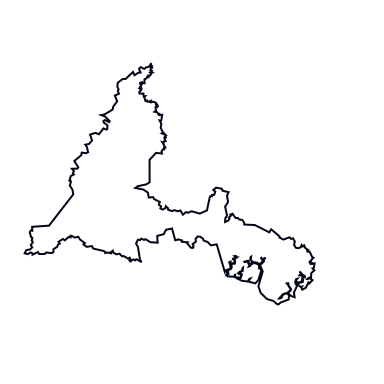 outline of Santiago, Veraguas, Panama, rotated 288°
{"feature_id": "35544464B94939099957222", "entity_name": "Santiago", "entity_type": "district", "adm_level": 2, "iso_a3": "PAN", "parent_name": "Panama", "parent_adm1": "Veraguas", "projection": "robinson", "projection_center": [-80.96, 7.991], "detail": "fine", "context": "isolated", "style": "outline", "palette": "ink", "viewbox_px": 384, "rotation_deg": 288, "n_neighbors": 0, "source": "geoboundaries", "source_scale": "gbopen_adm2", "svg_char_len": 6057}
<svg xmlns="http://www.w3.org/2000/svg" viewBox="0 0 384 384"><g transform="rotate(288 192 192)"><path d="M278.1,91.2L273.1,87.7L269.1,88.4L266.9,90.5L265.2,90.2L262.9,92.2L259.9,88.8L255.1,92.8L248.9,90.7L245.8,91.0L238.8,84.9L237.1,81.9L236.9,86.0L233.9,91.8L232.9,91.6L233.5,86.9L232.1,85.8L230.7,86.8L229.4,90.9L225.7,92.0L224.9,91.2L225.1,88.1L218.2,85.7L218.4,81.9L215.1,77.3L210.1,81.0L206.0,79.3L204.0,75.9L202.4,78.1L197.7,80.9L196.1,79.0L195.4,75.0L192.6,75.2L185.1,70.5L180.3,76.3L178.9,75.9L177.0,70.7L175.4,73.3L173.0,72.8L172.1,74.2L169.8,71.8L166.0,71.9L165.5,72.7L164.9,72.0L163.9,73.8L160.3,73.8L157.4,77.5L153.0,79.8L115.8,66.4L109.5,50.7L105.9,52.0L106.0,50.9L103.6,50.1L99.5,52.8L99.0,54.4L96.5,54.5L95.1,56.2L91.7,55.1L90.0,57.1L87.4,55.8L85.4,52.3L82.0,51.8L82.2,55.0L84.7,57.4L84.3,59.4L83.1,59.7L87.3,64.1L85.8,65.8L87.6,71.2L89.4,72.0L90.5,77.3L91.9,78.8L94.8,77.9L98.3,80.8L100.3,80.7L102.0,82.2L103.3,80.4L107.4,83.7L106.8,86.1L110.8,88.3L111.4,90.6L112.8,90.0L113.1,91.2L112.4,94.6L114.3,97.6L112.2,100.2L110.3,105.9L108.7,104.9L107.3,108.7L109.6,113.5L107.7,115.6L108.6,126.1L108.4,127.7L107.1,128.4L108.2,129.9L108.7,133.8L109.6,133.3L111.7,134.9L110.0,135.8L109.4,139.5L110.9,142.2L109.2,145.4L110.0,146.8L108.9,151.8L110.3,153.0L108.7,154.7L107.6,153.7L106.9,155.0L108.5,155.9L109.9,157.6L109.4,159.1L110.9,159.9L109.7,165.8L111.4,163.5L123.0,157.6L125.7,154.7L130.0,155.3L130.2,157.4L132.0,158.2L131.6,161.2L132.8,162.3L131.4,168.0L133.2,175.0L139.5,172.5L143.1,178.1L148.1,179.0L151.1,184.3L140.9,191.0L142.7,193.8L142.8,197.6L141.5,197.7L142.8,203.4L141.9,203.0L138.6,208.3L139.6,211.2L139.7,210.0L141.7,209.9L142.6,208.7L146.0,211.0L148.6,209.9L151.4,211.1L152.0,213.6L151.1,216.6L149.4,218.2L149.3,222.2L147.1,226.5L149.8,231.7L126.1,247.9L127.9,248.2L130.5,251.6L132.5,252.2L136.7,249.1L137.6,250.1L136.1,250.3L137.4,254.4L140.0,253.8L140.7,251.9L141.2,251.6L143.8,254.6L143.7,253.8L144.5,253.4L144.1,252.6L144.2,252.3L144.7,253.3L144.3,254.5L143.8,255.0L142.5,254.2L140.9,252.2L139.9,254.2L137.2,254.9L135.2,251.0L133.4,252.9L131.1,253.0L127.4,249.4L126.5,250.2L126.9,252.2L126.2,250.5L123.9,250.3L125.8,252.8L123.7,250.5L122.7,251.9L124.4,258.2L127.5,258.5L124.3,259.0L125.4,264.4L129.0,264.4L128.6,261.9L128.9,261.3L129.4,261.1L130.9,261.9L132.9,264.5L134.7,263.5L135.6,263.9L132.7,264.6L129.1,261.4L129.1,264.8L125.7,265.0L124.7,264.1L124.7,261.7L123.7,261.4L123.0,266.9L124.1,272.8L126.8,273.2L127.7,274.2L124.2,273.4L124.7,280.5L128.7,282.3L138.6,282.2L140.2,280.9L139.9,279.6L143.6,277.9L143.8,272.0L142.0,271.6L141.0,269.4L139.8,270.3L138.7,269.0L140.7,269.2L141.5,267.6L143.7,267.0L142.2,265.0L141.6,263.7L141.9,263.3L144.0,266.6L143.2,267.6L141.3,268.2L141.7,270.1L143.9,271.0L145.7,268.5L148.1,267.8L148.7,268.2L145.7,268.8L144.2,271.0L144.9,275.7L144.1,278.5L148.8,281.4L149.3,279.1L151.5,277.7L149.4,280.3L151.3,281.2L152.2,282.4L150.1,281.1L148.2,281.8L143.4,279.3L138.3,283.8L122.8,284.3L117.1,288.7L113.4,296.4L113.5,303.2L111.6,307.6L112.0,309.1L114.3,310.4L119.6,317.1L123.5,316.4L125.2,313.7L122.6,310.4L119.8,309.7L118.8,310.5L119.6,309.4L118.3,309.1L117.7,307.8L123.0,310.1L125.8,314.1L129.4,316.0L130.3,315.7L132.4,312.8L134.1,311.8L134.1,309.4L135.0,311.8L132.7,312.9L130.3,316.2L128.9,316.4L126.3,314.8L125.1,315.2L123.7,318.6L123.7,322.1L127.9,320.0L135.0,320.9L136.9,319.2L136.5,318.1L137.3,319.3L138.0,318.0L141.1,317.9L141.6,318.2L142.0,318.9L140.7,318.2L138.1,319.5L140.4,324.1L145.5,323.3L146.9,324.1L146.1,321.2L146.2,320.0L148.3,321.0L149.2,319.4L149.7,319.0L148.4,321.4L146.2,320.3L147.4,323.5L146.4,325.5L145.2,326.3L146.4,324.9L146.0,324.1L140.6,325.1L137.3,320.0L135.3,324.5L136.0,325.8L134.9,325.4L133.2,327.1L136.0,329.8L142.1,330.7L142.1,331.8L140.1,331.2L145.4,333.9L146.5,329.9L144.9,329.1L144.8,328.5L146.6,329.6L147.3,331.7L151.8,330.5L155.3,332.6L156.6,330.2L157.6,331.3L162.0,330.6L161.2,329.0L161.7,327.8L160.6,328.2L160.2,326.9L161.7,325.4L167.1,327.8L167.2,326.5L171.6,322.3L170.9,320.3L172.0,319.5L172.8,320.2L173.8,317.0L175.9,315.1L174.5,314.3L175.5,312.6L173.0,312.6L171.3,310.2L171.1,308.0L173.2,305.4L176.7,305.1L179.2,302.4L178.0,300.8L179.0,298.7L175.0,293.6L175.8,289.1L176.8,289.0L181.0,278.8L177.5,278.0L180.0,262.1L177.2,251.7L178.9,251.2L181.0,248.3L180.4,245.4L181.5,243.5L180.7,241.6L183.9,237.2L182.4,235.5L181.8,236.5L179.1,234.9L178.3,235.9L175.9,235.2L173.7,232.7L177.4,231.8L180.4,232.6L188.4,228.0L193.6,229.4L199.1,226.5L203.1,226.8L202.7,220.6L204.3,219.4L203.6,213.6L200.5,211.6L199.6,214.0L196.2,214.0L195.3,211.9L194.1,212.3L193.2,210.4L179.1,211.9L173.9,206.1L173.5,197.5L171.0,194.6L171.0,192.5L167.6,190.4L170.8,186.6L169.3,184.4L169.3,181.0L167.6,178.7L167.8,174.7L169.1,174.3L170.4,171.5L168.5,171.7L166.2,169.6L166.6,167.0L168.8,167.0L169.7,164.3L172.6,164.5L173.5,158.2L175.1,156.7L173.4,152.6L177.9,150.1L179.3,144.9L178.3,136.9L180.8,138.7L185.0,146.0L188.1,148.7L209.5,141.7L218.1,145.7L219.3,151.5L221.1,150.5L223.5,151.1L224.0,152.4L225.7,151.7L226.1,152.8L230.2,148.4L230.1,149.8L231.4,149.7L232.2,151.2L234.8,149.0L235.8,150.2L236.7,149.0L237.7,149.9L239.4,146.8L238.3,146.5L238.4,145.3L239.4,146.3L243.3,142.4L247.3,141.8L250.0,139.1L250.1,140.4L251.1,140.6L256.2,139.8L255.2,137.9L256.1,137.1L255.2,136.5L257.1,134.3L256.8,131.7L258.1,132.7L261.3,131.1L261.8,132.3L263.3,131.2L263.4,132.7L264.2,132.1L265.7,130.0L265.9,127.1L264.5,125.3L264.5,124.5L265.9,124.5L264.2,122.3L264.2,120.6L265.1,120.6L264.5,119.4L267.5,117.3L268.6,117.8L268.0,116.5L270.6,115.4L269.4,111.7L270.8,110.9L272.7,112.0L273.6,111.0L274.5,112.2L275.6,111.5L274.9,110.0L278.9,111.0L279.8,110.0L279.0,110.3L278.6,109.4L279.8,108.9L280.9,110.4L280.0,110.5L280.7,113.3L284.5,112.0L286.0,113.6L287.9,113.8L287.8,115.0L289.3,114.5L289.6,116.0L291.9,116.8L292.6,115.3L293.5,117.2L293.8,116.0L295.0,116.3L295.0,114.8L297.3,114.6L297.9,115.7L299.3,115.1L298.7,113.9L302.0,113.4L297.9,112.5L296.3,109.8L294.3,108.6L294.9,104.8L292.9,103.5L289.7,106.2L288.9,104.2L285.3,101.2L287.9,98.8L279.0,93.9L278.1,91.2Z" fill="none" stroke="#020617" stroke-width="2"/></g></svg>